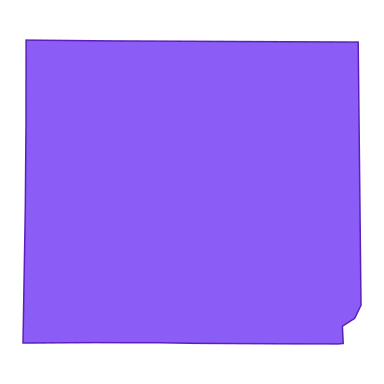 Cass, Michigan, United States of America (Albers equal-area conic projection)
{"feature_id": "52423323B82095685112080", "entity_name": "Cass", "entity_type": "district", "adm_level": 2, "iso_a3": "USA", "parent_name": "United States of America", "parent_adm1": "Michigan", "projection": "albers", "projection_center": [-86.005, 41.915], "detail": "fine", "context": "isolated", "style": "filled", "palette": "violet", "viewbox_px": 384, "rotation_deg": 0, "n_neighbors": 0, "source": "geoboundaries", "source_scale": "gbopen_adm2", "svg_char_len": 444}
<svg xmlns="http://www.w3.org/2000/svg" viewBox="0 0 384 384"><path d="M141.7,342.7L157.3,342.7L193.3,343.3L205.2,343.4L205.3,343.4L267.7,343.7L267.8,343.7L277.8,343.8L279.9,343.8L338.5,343.9L343.2,343.5L342.4,326.2L354.7,318.3L361.0,305.2L358.2,42.1L109.2,40.9L26.1,40.1L26.0,124.6L25.3,208.1L23.0,343.0L29.2,343.0L57.4,342.8L94.3,342.6L96.1,342.6L96.3,342.6L124.3,342.7L141.7,342.7Z" fill="#8b5cf6" stroke="#5b21b6" stroke-width="1.5"/></svg>